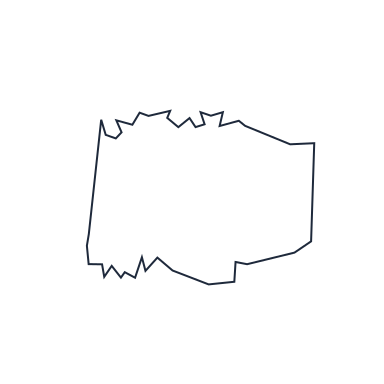 outline of Nicholas, Kentucky, United States of America, rotated 141°
{"feature_id": "52423323B57180370688472", "entity_name": "Nicholas", "entity_type": "district", "adm_level": 2, "iso_a3": "USA", "parent_name": "United States of America", "parent_adm1": "Kentucky", "projection": "robinson", "projection_center": [-83.996, 38.326], "detail": "fine", "context": "isolated", "style": "outline", "palette": "slate", "viewbox_px": 384, "rotation_deg": 141, "n_neighbors": 0, "source": "geoboundaries", "source_scale": "gbopen_adm2", "svg_char_len": 664}
<svg xmlns="http://www.w3.org/2000/svg" viewBox="0 0 384 384"><g transform="rotate(141 192 192)"><path d="M215.6,95.6L202.2,110.2L194.6,101.2L150.5,80.4L130.5,78.7L66.3,153.0L85.7,167.3L109.1,210.0L110.8,217.9L129.0,225.9L117.8,234.6L129.3,239.4L135.1,248.6L139.6,236.7L148.4,240.2L147.4,251.0L161.8,251.0L164.6,265.2L157.9,268.8L177.9,278.5L182.8,286.6L196.0,281.8L205.7,295.3L209.2,282.7L217.5,281.6L223.1,290.7L217.1,305.3L298.7,224.2L307.5,216.4L317.7,201.0L307.4,192.4L313.6,181.3L300.9,185.1L301.1,170.2L294.7,172.0L290.2,161.2L272.0,172.8L277.8,160.0L260.2,162.8L256.5,143.2L237.2,109.7L215.6,95.6Z" fill="none" stroke="#1e293b" stroke-width="2"/></g></svg>